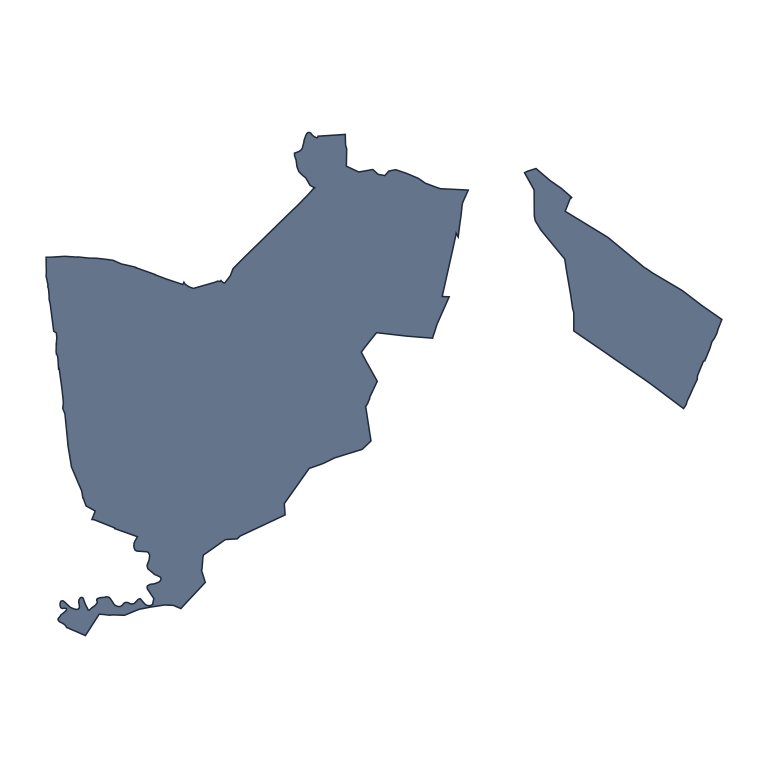 outline of Ilūkste, Ilukstes, Latvia
{"feature_id": "27541924B8842177834168", "entity_name": "Ilūkste", "entity_type": "district", "adm_level": 2, "iso_a3": "LVA", "parent_name": "Latvia", "parent_adm1": "Ilukstes", "projection": "albers", "projection_center": [26.305, 55.977], "detail": "fine", "context": "isolated", "style": "filled", "palette": "slate", "viewbox_px": 768, "rotation_deg": 0, "n_neighbors": 0, "source": "geoboundaries", "source_scale": "gbopen_adm2", "svg_char_len": 5815}
<svg xmlns="http://www.w3.org/2000/svg" viewBox="0 0 768 768"><path d="M432.6,338.2L433.1,336.3L434.7,331.7L435.8,328.2L437.1,324.1L449.2,296.8L442.2,296.5L447.5,272.8L452.4,251.1L456.1,234.0L456.2,233.2L456.5,233.7L457.3,235.4L457.9,236.5L458.2,237.0L458.3,236.0L459.0,230.6L459.3,228.2L459.5,226.5L459.8,224.6L460.1,222.0L460.4,220.1L460.6,218.9L460.9,216.6L461.2,214.3L461.3,213.4L461.5,211.5L461.7,209.6L461.9,207.3L462.2,204.9L462.7,202.6L464.7,198.0L466.0,195.3L466.3,194.4L468.3,190.1L461.1,189.7L440.4,188.7L436.0,187.2L424.9,183.0L423.5,181.9L418.3,178.3L407.1,173.6L406.1,173.2L405.8,173.1L395.7,169.7L388.9,171.0L384.8,175.6L378.1,174.3L372.9,169.5L358.8,172.0L346.4,166.2L346.7,149.0L345.8,145.9L345.5,143.9L345.3,134.4L334.6,135.1L319.2,136.1L318.0,136.2L317.9,136.9L316.9,137.9L314.2,136.7L312.0,134.8L310.7,133.0L309.5,132.5L308.7,132.4L307.9,132.6L306.7,133.7L306.0,135.0L304.2,139.8L303.5,143.9L303.2,144.5L302.5,147.5L302.3,148.1L301.1,150.0L298.8,151.6L294.5,153.1L294.5,154.7L294.5,154.9L294.5,155.4L296.1,160.2L296.7,164.8L297.0,166.9L298.9,171.7L302.0,174.8L303.9,176.4L305.7,177.8L310.0,185.3L314.7,187.9L313.3,188.7L313.1,189.0L308.8,193.9L308.7,194.0L304.2,198.6L297.8,205.2L291.6,211.1L285.3,217.2L281.2,221.2L280.1,222.3L261.1,240.9L251.5,250.2L246.7,254.9L237.9,263.7L233.0,268.7L230.4,275.6L224.8,282.9L224.2,283.0L222.7,282.2L221.6,281.2L221.0,280.5L220.7,281.0L220.4,281.4L220.0,281.2L219.2,281.4L217.7,281.1L215.1,282.2L193.4,288.4L190.6,287.4L188.9,286.8L185.3,284.3L184.8,283.7L183.9,282.2L182.8,284.5L166.6,279.1L155.3,274.9L155.4,274.6L150.1,272.7L144.8,270.8L141.7,269.8L138.9,268.7L136.3,267.9L136.4,267.7L134.8,267.0L134.3,266.9L125.8,264.9L121.5,264.0L113.2,260.3L106.1,259.3L96.3,258.2L88.9,258.1L78.0,256.9L77.0,257.1L64.9,256.3L53.7,257.0L49.9,257.2L46.1,257.2L46.1,258.8L46.3,270.1L46.3,274.0L46.1,275.5L46.2,277.1L46.8,279.0L47.0,280.3L47.1,280.8L47.3,282.0L47.9,284.3L47.9,285.2L47.8,287.0L48.3,288.2L48.6,290.0L49.0,294.6L49.1,296.3L49.1,296.8L49.1,299.3L50.2,304.0L53.7,331.3L56.3,332.8L56.8,337.5L56.6,340.5L56.4,341.9L56.5,343.9L56.2,343.9L56.2,345.2L56.2,346.1L56.2,347.3L56.2,348.2L56.1,350.9L56.1,351.6L56.4,354.0L56.6,353.9L57.7,356.8L57.9,358.5L57.9,359.3L58.0,360.3L58.2,362.6L58.4,366.8L58.6,369.0L59.2,368.6L60.1,375.4L60.2,376.3L61.2,383.4L62.2,391.0L63.3,402.1L63.4,402.9L63.3,403.5L62.7,408.3L63.3,409.9L63.4,410.1L64.4,412.5L64.6,412.9L64.9,413.7L67.1,435.9L68.0,445.8L70.8,462.8L71.3,466.1L71.4,466.8L77.8,482.0L81.4,490.2L81.7,490.8L82.9,498.1L83.3,498.3L83.4,498.6L86.1,506.0L95.2,511.0L91.9,519.5L94.0,519.7L110.2,526.1L114.7,527.9L114.6,528.6L135.4,536.0L137.4,536.8L134.9,541.1L134.1,543.1L134.0,544.4L133.8,545.8L134.2,548.1L134.3,548.4L135.1,550.2L136.9,551.1L146.8,551.8L148.2,552.3L149.7,555.1L149.1,559.9L147.0,565.5L147.8,568.7L154.5,574.4L158.5,576.2L160.4,577.2L160.9,578.2L161.1,578.7L160.5,580.4L159.1,582.0L154.5,583.7L152.4,584.1L150.5,584.2L147.6,585.7L147.2,586.3L147.2,588.7L153.9,598.7L153.2,601.2L152.7,604.4L149.8,605.8L146.4,605.2L144.7,603.9L140.2,598.6L138.1,599.4L134.7,603.1L133.6,603.7L131.3,604.0L130.0,603.7L129.0,603.0L128.1,602.6L126.8,602.4L125.6,602.4L124.4,602.9L123.1,604.1L122.1,605.4L120.5,606.4L118.9,606.6L116.6,606.1L114.3,604.7L112.8,602.3L111.0,599.6L109.7,597.9L108.8,597.2L107.5,596.9L106.1,596.8L104.8,597.3L101.7,597.5L101.3,597.7L100.0,597.7L99.9,597.7L97.4,598.6L96.7,599.5L96.7,600.6L97.3,601.7L97.3,602.0L97.1,602.8L96.5,603.8L94.9,605.7L93.7,606.4L91.8,607.8L90.2,609.3L89.5,609.9L88.6,610.1L88.2,610.0L87.4,608.3L85.5,604.5L83.9,600.4L83.2,598.2L82.2,597.5L81.1,597.4L80.6,597.7L79.9,598.4L79.0,599.8L78.9,600.2L78.7,602.0L79.0,603.7L79.3,605.3L79.4,607.0L79.1,608.1L78.5,608.8L78.0,609.2L76.9,609.4L75.4,609.3L73.5,608.7L70.4,607.4L67.8,605.0L65.3,602.6L63.3,600.9L62.3,600.8L61.7,601.0L61.1,601.1L60.8,601.3L60.4,602.2L60.2,603.2L60.0,604.8L60.1,605.5L60.3,606.5L60.7,607.5L61.2,608.0L61.9,608.3L62.4,608.5L63.7,608.3L64.7,608.2L65.9,608.4L66.5,608.8L66.6,609.0L66.6,609.5L66.4,609.9L65.9,610.7L64.8,611.7L62.9,613.4L60.8,615.0L60.4,615.8L59.3,617.3L58.6,618.0L58.3,618.3L58.1,618.9L58.0,619.4L58.3,620.3L59.3,621.5L60.5,622.3L62.8,623.4L64.3,624.5L65.5,625.6L65.7,625.8L66.1,626.4L66.5,627.4L67.9,628.0L68.4,628.2L71.8,629.7L77.2,632.0L85.4,635.6L99.2,614.2L103.6,614.5L109.4,615.2L113.1,614.9L118.7,615.1L124.5,615.3L137.4,610.0L139.2,609.3L150.6,607.1L164.5,605.0L173.4,605.4L180.9,608.6L182.6,606.7L188.5,600.3L205.3,582.4L202.7,574.0L201.7,570.9L201.4,570.2L201.9,569.8L202.6,561.8L202.8,558.3L203.0,556.9L203.5,555.0L204.1,554.5L205.4,553.7L208.8,551.3L212.7,548.6L216.3,546.0L225.0,539.8L225.8,539.6L226.3,539.5L236.5,538.9L237.2,538.9L240.2,536.0L264.8,524.5L268.3,522.8L274.8,519.8L276.4,519.0L285.1,514.9L284.3,503.6L299.8,481.7L309.2,468.4L313.3,467.0L323.4,463.4L334.5,457.9L337.3,457.1L344.2,454.9L362.3,449.3L371.0,440.9L368.7,426.1L365.7,406.5L367.7,403.5L368.7,400.8L369.7,398.8L369.7,397.4L377.3,381.3L366.4,361.8L361.3,352.2L364.8,347.4L376.5,332.7L407.3,336.2L432.6,338.2ZM721.9,319.5L701.3,305.1L682.5,290.7L681.9,290.3L651.8,272.5L649.8,271.0L649.7,270.9L646.1,268.5L644.7,267.8L607.8,237.3L565.2,211.3L570.1,198.8L570.5,197.9L571.0,198.3L571.7,197.4L561.3,188.3L550.4,180.8L536.0,168.5L527.2,171.3L524.5,172.7L532.4,186.9L534.1,190.0L534.3,216.0L535.0,219.5L535.3,220.9L540.9,230.1L564.7,259.0L566.7,271.8L567.4,275.9L570.5,294.0L570.8,295.9L572.4,307.3L572.8,309.1L572.9,309.5L573.4,311.2L573.7,312.2L573.8,315.6L573.8,330.9L576.7,333.0L604.5,352.0L606.7,353.5L610.0,355.9L645.3,380.1L651.2,384.3L683.6,408.6L685.7,405.4L686.4,404.0L687.1,401.1L689.9,395.4L693.4,387.5L697.3,379.3L697.4,376.3L697.5,375.7L703.5,361.1L704.8,360.9L709.9,348.5L711.9,341.8L712.9,340.4L714.4,338.3L716.9,333.3L718.1,329.0L721.9,319.5Z" fill="#64748b" stroke="#1e293b" stroke-width="1.5"/></svg>